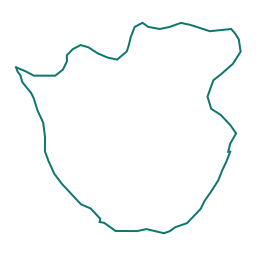 outline of Suan, Hwanghae-bukto, North Korea
{"feature_id": "82179303B93868129225348", "entity_name": "Suan", "entity_type": "district", "adm_level": 2, "iso_a3": "PRK", "parent_name": "North Korea", "parent_adm1": "Hwanghae-bukto", "projection": "mercator", "projection_center": [126.384, 38.673], "detail": "fine", "context": "isolated", "style": "outline", "palette": "teal", "viewbox_px": 256, "rotation_deg": 0, "n_neighbors": 0, "source": "geoboundaries", "source_scale": "gbopen_adm2", "svg_char_len": 1012}
<svg xmlns="http://www.w3.org/2000/svg" viewBox="0 0 256 256"><path d="M233.1,31.2L231.2,29.0L209.9,31.2L190.7,25.0L181.0,22.9L169.4,27.0L159.8,29.0L148.2,26.9L142.5,22.8L134.7,26.9L130.7,37.1L128.8,45.3L126.8,51.4L117.1,59.6L107.4,57.5L97.8,53.4L88.2,47.2L80.5,45.1L72.7,49.2L66.9,55.3L66.9,61.5L62.9,69.6L55.2,75.7L45.5,75.7L33.9,75.7L26.2,71.6L16.6,67.5L15.4,66.7L16.4,68.2L17.6,71.6L20.5,75.6L22.2,81.9L25.7,86.4L31.0,92.7L33.7,98.2L37.5,110.4L43.2,122.7L45.0,137.0L44.9,151.3L48.7,161.5L54.3,173.8L62.0,184.0L71.5,194.2L81.1,204.4L90.7,208.5L100.3,218.8L99.6,222.0L104.1,222.8L109.9,226.9L115.6,231.0L123.3,231.0L136.9,231.1L146.5,229.1L163.9,233.2L169.7,231.2L175.5,227.1L187.1,223.1L194.9,214.9L200.7,208.8L204.7,200.7L210.5,192.5L218.3,180.3L222.3,170.1L226.2,162.0L230.2,151.8L228.2,151.8L230.2,143.6L236.1,133.4L230.4,125.2L220.8,115.0L211.2,108.8L207.5,96.6L213.4,80.2L221.2,74.1L232.8,63.9L236.7,57.8L240.6,51.7L238.8,39.4L235.0,33.3L233.1,31.2Z" fill="none" stroke="#0f766e" stroke-width="2"/></svg>